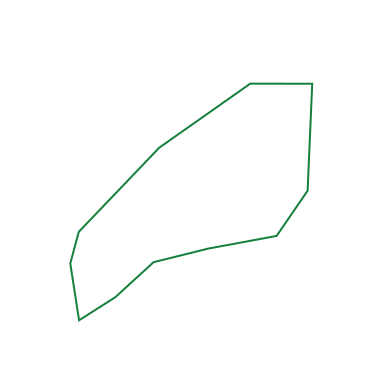 the state/province of Sigave, rotated 70°
{"feature_id": "WLF-4995", "entity_name": "Sigave", "entity_type": "state/province", "adm_level": 1, "iso_a3": "WLF", "parent_name": "Wallis and Futuna", "parent_adm1": "", "projection": "equal_earth", "projection_center": [-178.148, -14.273], "detail": "fine", "context": "isolated", "style": "outline", "palette": "green", "viewbox_px": 384, "rotation_deg": 70, "n_neighbors": 0, "source": "natural_earth", "source_scale": "10m", "svg_char_len": 307}
<svg xmlns="http://www.w3.org/2000/svg" viewBox="0 0 384 384"><g transform="rotate(70 192 192)"><path d="M273.9,342.0L217.5,330.8L190.7,312.0L139.1,207.5L110.1,100.2L131.4,42.0L230.3,82.9L262.2,127.5L250.7,196.2L244.8,252.1L264.6,300.0L273.9,342.0Z" fill="none" stroke="#15803d" stroke-width="2"/></g></svg>